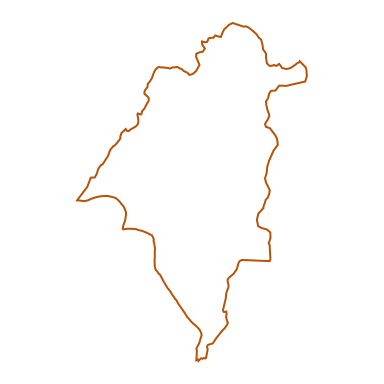 the district of Nzerekore, Nzérékoré, Guinea
{"feature_id": "49546643B90650861539484", "entity_name": "Nzerekore", "entity_type": "district", "adm_level": 2, "iso_a3": "GIN", "parent_name": "Guinea", "parent_adm1": "Nzérékoré", "projection": "natural_earth1", "projection_center": [-8.827, 7.893], "detail": "fine", "context": "isolated", "style": "outline", "palette": "amber", "viewbox_px": 384, "rotation_deg": 0, "n_neighbors": 0, "source": "geoboundaries", "source_scale": "gbopen_adm2", "svg_char_len": 4070}
<svg xmlns="http://www.w3.org/2000/svg" viewBox="0 0 384 384"><path d="M160.0,67.2L159.3,67.0L157.5,67.6L155.9,69.2L155.6,69.5L154.2,71.8L153.3,74.3L151.9,78.1L151.0,79.6L149.6,81.8L147.8,83.7L147.4,87.1L145.4,89.7L144.5,91.5L144.4,93.8L148.0,97.0L148.8,98.4L148.6,101.0L146.5,104.4L145.6,106.2L144.4,108.6L142.1,111.2L141.3,114.4L139.5,114.1L137.8,113.5L137.4,114.8L138.1,118.2L138.3,120.9L138.1,123.3L137.4,124.7L136.2,126.1L134.3,127.4L131.3,129.0L129.8,130.0L128.6,131.1L126.6,130.7L125.7,129.0L123.7,131.0L121.5,133.0L120.3,136.4L120.4,138.3L119.5,139.7L117.5,142.3L114.6,145.6L113.4,146.1L110.2,149.9L108.8,153.6L108.1,155.8L102.7,164.2L101.0,165.0L99.6,166.9L98.0,169.5L97.5,171.5L97.0,173.2L96.4,174.4L94.8,177.4L90.7,177.7L88.9,182.7L87.2,187.0L85.6,189.1L84.2,190.9L81.0,195.2L78.6,198.2L77.2,200.4L78.3,200.3L79.6,200.6L81.2,200.7L83.3,201.1L85.3,201.0L86.9,200.6L88.9,199.9L90.4,199.2L91.3,198.6L92.3,198.5L94.0,197.8L96.1,197.2L98.8,196.6L101.0,196.3L103.1,196.1L105.6,196.0L108.0,196.1L109.8,196.4L112.8,197.2L114.2,197.5L115.8,198.1L118.1,200.1L120.2,202.3L121.6,204.2L123.5,206.3L124.9,209.3L126.0,212.3L126.0,214.8L125.5,217.8L125.1,220.8L124.1,223.0L123.4,225.3L122.7,228.7L123.3,229.4L124.7,229.2L127.3,228.7L131.7,228.8L136.1,229.1L138.7,230.2L141.5,230.7L143.4,231.4L145.7,232.3L148.0,233.3L149.7,234.3L151.8,235.2L153.1,237.5L153.7,239.2L153.6,241.6L154.4,243.9L154.4,245.1L155.0,248.2L154.9,250.4L154.8,251.8L154.7,253.0L154.8,256.3L154.6,260.2L154.6,263.1L154.9,267.3L155.7,269.9L157.4,271.6L158.4,273.3L159.9,274.6L161.5,277.4L163.7,281.6L165.7,285.0L167.5,288.0L169.7,290.6L171.0,292.6L172.4,295.0L173.3,296.1L174.5,297.8L175.0,299.0L176.3,300.0L177.1,301.5L178.3,303.8L179.3,305.2L181.0,307.6L182.3,309.4L184.8,313.1L187.0,316.7L188.9,318.8L191.1,321.5L193.0,323.4L195.4,325.4L197.4,327.2L199.6,329.8L201.2,332.9L201.6,335.4L200.4,339.0L199.6,342.0L198.8,344.0L197.6,346.2L196.4,348.7L196.9,350.8L196.7,354.1L196.6,357.2L196.4,359.4L196.3,360.2L197.8,359.5L198.4,361.0L199.2,360.2L199.8,359.6L200.2,359.1L201.0,358.3L202.4,358.8L203.5,358.0L205.2,358.5L206.0,358.0L206.7,354.4L207.7,349.2L207.1,347.2L207.3,345.6L208.2,344.8L212.8,343.4L216.0,338.5L221.7,331.3L221.8,331.3L221.9,331.1L225.2,327.6L225.6,326.9L227.1,324.8L227.8,322.8L227.2,321.1L226.1,317.4L226.3,316.1L226.4,315.2L226.6,314.1L226.3,311.6L224.0,312.0L223.3,311.4L223.1,309.9L223.0,309.7L223.6,307.5L225.7,298.8L226.0,295.7L226.3,292.9L228.5,287.0L228.5,284.8L228.0,283.0L227.6,281.2L227.6,280.6L227.7,279.3L229.1,277.6L229.5,277.2L233.4,274.0L236.7,269.4L238.6,262.8L239.8,261.0L240.6,260.6L241.8,260.0L247.6,260.2L247.9,260.2L259.3,260.7L267.8,261.0L269.7,261.1L270.1,259.9L270.4,258.9L269.6,244.6L268.7,243.3L270.5,238.0L270.3,232.4L266.8,229.4L261.7,228.1L258.1,226.1L256.9,219.7L258.4,213.5L263.5,208.0L263.3,207.6L263.9,205.0L264.7,203.5L265.7,199.8L267.7,197.7L269.0,194.6L269.8,190.5L268.6,187.7L266.0,182.7L265.0,178.4L266.6,173.1L267.3,166.6L269.2,160.4L273.6,150.5L277.8,144.8L277.1,139.1L275.2,135.1L269.9,128.2L265.9,126.8L265.0,124.0L267.7,119.6L269.3,116.1L269.1,114.3L268.0,111.7L267.3,109.1L266.3,105.0L266.0,101.3L268.1,98.1L269.1,93.7L270.9,90.9L275.5,90.5L279.2,85.6L286.3,85.9L290.3,84.9L294.4,84.0L300.2,82.7L305.2,81.5L306.8,76.4L306.8,75.1L306.6,73.1L306.5,70.4L305.7,67.4L299.7,61.2L299.1,62.4L297.4,63.1L294.9,65.0L290.5,68.1L286.5,69.0L282.2,68.1L279.2,63.9L277.8,64.9L276.2,66.0L273.9,64.9L273.0,65.5L270.7,66.0L268.8,65.4L266.8,63.0L266.0,57.7L266.0,53.5L263.1,49.4L262.4,44.2L261.0,39.4L258.9,37.8L256.6,34.3L253.5,31.5L249.2,27.9L246.1,26.4L243.3,26.6L237.7,24.7L232.6,23.0L228.7,25.0L227.0,26.7L224.0,29.6L222.2,33.4L220.8,37.0L218.5,36.5L215.1,35.5L213.5,37.7L211.1,37.8L208.6,38.4L207.2,41.8L205.5,42.3L202.0,41.5L202.1,44.5L204.9,48.4L202.7,51.8L199.6,52.3L196.3,53.7L196.1,56.9L199.5,64.9L198.8,66.2L196.0,71.2L193.0,73.8L189.4,75.0L187.4,72.7L183.7,71.0L182.2,69.6L181.4,68.8L180.0,68.6L177.4,67.0L172.4,67.5L169.8,68.6L168.0,67.9L165.8,67.8L163.5,67.4L162.2,67.4L160.4,67.4L160.0,67.2Z" fill="none" stroke="#b45309" stroke-width="2"/></svg>